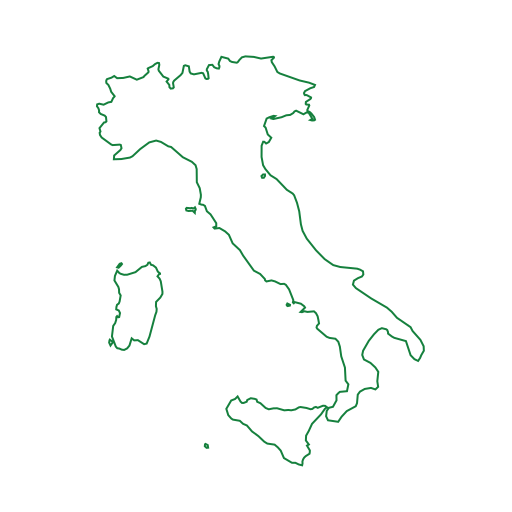 Italy, Natural Earth projection, rotated 9°
{"feature_id": "ITA", "entity_name": "Italy", "entity_type": "country or territory", "adm_level": 0, "iso_a3": "ITA", "parent_name": "Europe", "parent_adm1": "", "projection": "natural_earth1", "projection_center": [11.757, 41.885], "detail": "fine", "context": "isolated", "style": "outline", "palette": "green", "viewbox_px": 512, "rotation_deg": 9, "n_neighbors": 0, "source": "natural_earth", "source_scale": "50m", "svg_char_len": 6049}
<svg xmlns="http://www.w3.org/2000/svg" viewBox="0 0 512 512"><g transform="rotate(9 256 256)"><path d="M87.8,100.4L91.0,102.1L97.0,100.9L103.3,98.4L110.7,100.5L116.9,96.9L117.6,95.6L121.0,91.4L121.0,90.4L119.7,87.8L120.2,87.3L124.3,84.6L126.3,82.2L128.5,80.6L130.0,80.6L130.6,82.3L130.4,86.8L131.0,88.2L136.4,93.3L141.7,94.6L141.9,95.2L140.4,97.7L143.6,100.6L144.1,102.8L145.6,104.0L147.7,103.4L148.4,102.3L147.0,98.2L147.1,97.0L147.7,95.6L153.2,89.2L154.7,86.7L155.0,79.5L156.3,78.7L160.0,79.2L161.6,84.3L163.0,85.9L166.3,86.3L173.6,83.6L175.2,83.8L178.2,88.5L179.4,88.9L180.9,88.5L181.4,87.9L180.3,83.8L179.5,81.6L178.4,80.5L178.2,79.2L179.7,74.8L183.0,74.0L185.2,76.1L187.9,76.8L190.0,76.7L190.3,75.4L190.2,74.1L189.0,72.3L189.3,69.7L190.7,64.7L197.7,65.4L199.8,67.5L201.9,68.1L206.8,68.1L207.7,67.3L208.9,65.0L211.0,62.0L214.3,60.5L222.7,59.7L230.1,60.2L241.8,56.5L242.6,56.8L242.7,57.3L240.6,60.2L241.3,62.1L244.7,65.8L248.3,70.9L251.0,72.0L271.6,75.8L281.2,76.5L287.5,77.8L286.9,80.0L283.4,81.8L278.6,85.5L277.9,87.6L278.6,89.0L279.2,89.5L280.1,89.1L281.4,89.3L285.6,90.8L285.6,91.6L285.1,92.5L281.2,96.0L281.3,98.0L281.9,98.5L284.7,98.3L285.1,99.0L283.8,103.8L284.2,104.7L286.6,105.4L288.4,106.6L291.7,109.7L293.0,112.2L292.1,113.0L290.0,113.4L288.4,113.2L290.2,111.7L285.6,106.2L283.5,106.3L280.7,108.6L272.9,106.2L271.4,107.2L270.4,109.0L267.7,111.3L263.9,112.3L259.6,114.9L251.7,118.0L249.8,117.8L252.9,114.8L251.5,114.8L247.4,116.9L245.0,118.6L243.6,126.4L245.4,127.7L248.6,134.1L252.6,136.8L250.8,141.5L248.4,143.3L246.4,141.9L245.2,142.0L244.3,146.2L246.0,157.3L248.8,165.2L251.6,168.6L257.7,174.0L264.3,176.8L276.1,185.8L282.5,188.6L284.2,190.1L288.2,197.1L291.7,205.1L295.4,217.7L298.1,223.9L303.4,230.9L314.4,241.0L324.4,248.4L333.7,252.9L340.9,253.7L357.9,252.7L360.9,253.2L364.1,254.4L364.9,257.5L363.8,259.7L360.2,261.9L356.6,265.0L356.2,269.1L359.7,272.1L376.4,279.9L393.4,286.5L398.7,289.8L404.9,295.0L419.8,302.1L422.4,305.6L431.5,313.1L435.7,318.9L436.6,323.3L434.8,327.9L434.0,331.1L432.5,334.3L428.6,333.1L424.2,329.8L417.4,316.6L405.4,315.2L402.9,314.3L398.6,312.0L398.3,310.5L397.2,308.6L396.1,308.0L391.6,307.6L388.4,309.7L384.8,314.8L380.7,322.1L376.6,332.8L376.4,337.1L378.8,341.3L385.8,343.7L391.3,347.4L394.9,351.3L395.4,360.7L397.1,366.1L394.8,369.1L390.2,368.3L384.2,370.3L379.9,373.7L378.2,377.0L378.8,385.6L378.0,388.8L369.9,395.0L365.7,401.3L363.1,406.9L352.8,407.0L350.3,403.3L350.1,397.9L351.8,394.5L355.6,392.9L358.1,386.0L357.2,380.9L358.7,378.7L360.0,377.1L367.0,375.3L367.3,368.3L364.0,365.1L361.3,352.3L355.9,341.8L353.0,332.4L350.7,327.8L347.4,325.3L341.4,325.4L338.4,324.7L327.8,318.2L327.0,317.2L327.1,315.4L328.8,312.8L327.6,309.3L326.3,305.9L324.2,303.1L321.9,301.6L315.5,303.2L312.5,303.0L310.2,304.3L308.8,304.3L312.5,299.3L311.5,298.1L307.8,296.1L301.5,295.5L300.7,296.8L299.7,296.1L299.8,293.8L293.9,283.8L290.0,279.8L288.1,279.1L284.6,279.9L278.7,278.1L275.1,277.7L270.3,279.5L268.8,278.6L268.3,277.3L262.9,273.1L256.2,270.8L243.2,257.6L239.2,252.7L231.0,247.2L225.9,239.3L221.6,236.5L215.5,234.1L210.8,235.4L209.6,234.4L212.1,232.9L211.6,229.8L204.6,222.0L200.5,219.5L197.7,214.5L195.7,213.7L194.1,213.8L191.8,213.3L192.3,206.7L192.0,204.2L189.8,197.8L186.0,192.4L183.8,179.4L182.1,175.8L177.9,173.0L168.3,169.9L155.1,161.6L152.2,161.4L144.3,158.2L139.3,157.6L132.8,160.5L124.9,168.5L118.4,176.8L116.1,178.5L107.8,181.3L100.5,182.7L100.2,178.9L105.5,172.5L106.3,170.6L105.1,167.5L104.0,167.3L97.0,168.9L95.5,168.5L85.0,163.1L83.0,160.9L82.3,158.8L82.9,157.4L81.4,154.2L85.0,147.9L86.5,147.4L87.2,146.4L86.1,142.2L84.6,141.0L80.4,140.0L78.5,138.6L78.2,136.6L77.2,134.7L75.5,133.0L75.4,131.1L77.3,130.1L81.8,130.4L86.1,127.4L89.0,126.4L90.2,122.3L91.1,121.0L91.4,120.3L87.3,116.5L85.8,113.5L83.4,110.1L81.2,108.6L80.8,107.4L80.7,105.9L81.2,104.6L85.3,102.5L87.8,100.4ZM251.5,177.5L252.4,175.5L252.1,174.1L250.2,174.4L248.9,176.2L249.8,177.8L251.5,177.5ZM348.0,396.1L345.0,402.2L337.6,413.0L335.5,420.5L333.6,425.6L334.1,430.4L337.7,433.9L336.0,435.3L339.6,439.6L339.8,441.2L339.8,442.9L336.4,445.9L335.1,447.6L334.3,449.6L334.0,451.7L334.4,453.6L334.3,455.5L330.8,455.2L327.3,454.1L323.8,454.6L315.2,451.2L310.9,444.4L307.5,441.6L303.9,439.4L296.5,439.5L293.2,438.1L286.5,433.5L279.5,429.9L273.5,424.8L269.5,423.8L265.8,421.3L258.8,421.2L257.0,420.4L253.5,417.5L250.6,411.6L254.1,402.6L257.7,400.5L259.8,397.6L263.5,402.2L265.1,403.3L266.7,403.1L269.6,401.4L269.9,399.6L273.1,397.3L277.1,397.3L279.0,397.7L280.0,399.8L283.4,400.7L289.3,404.6L292.6,405.4L297.2,403.7L300.7,403.1L308.1,404.0L312.1,403.0L314.9,402.9L318.9,401.4L322.0,398.8L323.6,398.2L329.6,398.2L333.9,398.8L335.6,398.2L337.1,396.5L338.8,395.7L340.7,396.3L345.6,393.4L347.7,393.2L349.8,394.3L348.0,396.1ZM164.3,293.4L165.9,295.9L169.2,305.9L169.5,308.1L168.0,312.0L164.5,317.0L165.0,321.2L166.2,323.8L166.4,326.7L165.7,330.3L163.4,352.3L161.7,359.6L159.3,360.6L152.5,357.6L148.9,358.4L146.1,356.8L145.0,364.3L143.2,367.4L140.5,369.4L138.1,369.5L135.5,368.8L133.4,368.8L131.7,367.4L126.3,358.0L125.9,347.4L127.4,344.3L127.9,341.0L127.6,338.1L128.2,337.1L129.4,338.1L130.4,337.7L130.6,333.6L129.0,331.3L126.3,330.6L126.1,328.2L126.4,325.9L127.9,324.4L128.4,322.3L128.5,316.1L126.6,313.8L125.9,310.3L124.9,308.1L120.0,302.3L119.8,297.7L121.2,292.2L123.8,294.3L125.4,294.8L128.6,295.2L131.8,294.6L139.5,290.8L145.0,284.6L148.3,283.3L150.1,281.7L150.7,279.5L152.1,279.0L153.7,281.1L155.8,281.3L159.0,283.1L161.5,286.8L163.9,288.2L164.0,288.7L163.1,289.1L161.9,291.5L164.3,293.4ZM188.1,217.5L189.1,219.0L189.2,219.8L188.6,220.8L188.8,223.0L186.3,221.2L182.4,222.1L180.1,221.9L179.4,220.3L180.0,219.3L183.7,219.1L184.8,218.6L187.0,218.8L188.1,217.5ZM128.2,363.4L126.3,367.2L124.5,364.5L124.5,362.2L124.7,361.5L128.2,363.4ZM124.1,286.4L122.1,289.1L120.6,288.9L122.6,285.0L124.2,284.2L124.9,284.9L124.1,286.4ZM238.7,452.8L237.2,453.2L235.2,451.9L235.1,450.0L235.5,449.5L237.9,450.3L238.7,452.8ZM297.2,299.7L295.1,300.5L294.3,300.1L293.9,299.5L294.4,298.0L297.2,298.9L297.2,299.7Z" fill="none" stroke="#15803d" stroke-width="2"/></g></svg>